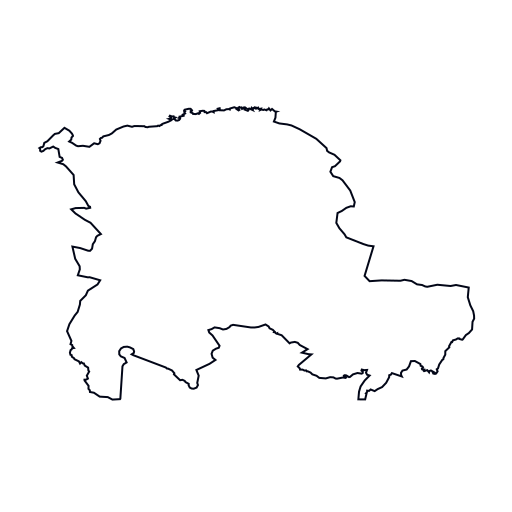 Central Tongu, Volta, Ghana (Equal Earth projection), rotated 272°
{"feature_id": "2480657B36678414015123", "entity_name": "Central Tongu", "entity_type": "district", "adm_level": 2, "iso_a3": "GHA", "parent_name": "Ghana", "parent_adm1": "Volta", "projection": "equal_earth", "projection_center": [0.611, 6.166], "detail": "fine", "context": "isolated", "style": "outline", "palette": "ink", "viewbox_px": 512, "rotation_deg": 272, "n_neighbors": 0, "source": "geoboundaries", "source_scale": "gbopen_adm2", "svg_char_len": 6048}
<svg xmlns="http://www.w3.org/2000/svg" viewBox="0 0 512 512"><g transform="rotate(272 256 256)"><path d="M401.0,271.3L401.2,269.8L403.5,266.9L402.0,265.4L403.9,263.8L403.0,263.4L403.0,262.2L402.0,261.5L402.7,259.2L402.2,258.2L402.6,256.3L402.1,255.3L403.4,255.8L402.9,253.8L404.3,253.0L403.4,251.9L403.3,250.4L403.6,249.9L404.3,250.7L404.5,249.6L403.8,249.4L403.9,248.4L402.7,247.9L403.9,246.5L403.1,246.3L401.9,247.2L403.2,244.0L402.5,243.0L401.6,243.4L400.8,242.8L402.0,239.4L402.9,239.4L403.4,240.9L404.2,239.7L403.9,238.1L403.2,238.0L402.5,236.9L404.0,236.0L403.7,234.9L404.3,234.2L403.7,233.2L402.2,233.4L401.4,234.2L400.9,233.5L402.3,231.3L403.0,231.6L403.9,229.1L402.5,224.9L401.5,224.7L401.9,223.9L401.6,221.2L400.4,219.0L400.4,214.9L402.4,214.5L401.9,212.8L400.6,213.9L399.4,208.6L398.2,208.7L398.8,207.4L398.8,205.9L397.0,202.0L398.0,201.2L398.0,199.6L399.2,199.3L399.3,197.8L398.7,194.7L397.3,195.1L396.9,194.1L396.5,194.5L396.0,194.0L396.5,192.8L395.7,190.8L395.8,188.1L396.5,187.8L397.3,185.7L398.4,185.7L398.3,186.5L399.3,187.0L400.8,185.5L400.8,183.7L399.7,179.6L399.1,179.2L398.2,179.9L398.0,179.2L397.3,179.3L396.0,180.2L394.6,177.7L394.2,177.8L393.8,179.6L392.6,174.8L392.0,175.0L391.3,174.2L390.6,176.2L390.6,175.0L389.3,174.5L388.6,173.0L388.6,171.2L390.2,169.5L390.1,168.8L391.5,170.6L391.8,169.2L392.7,168.8L392.5,167.1L393.2,165.1L392.6,164.8L392.3,166.0L391.1,167.0L391.6,165.9L390.3,165.4L390.0,164.3L389.6,165.3L390.4,166.0L389.6,167.1L388.9,166.9L387.1,163.7L385.0,158.4L384.3,157.2L383.6,157.1L383.4,155.9L382.5,155.0L382.9,153.6L382.3,152.8L381.4,144.4L380.9,143.2L381.1,140.9L381.8,140.0L381.7,132.1L381.6,129.8L380.8,127.6L381.8,122.9L380.8,119.1L377.5,111.9L373.5,107.7L371.8,104.8L370.2,99.2L368.9,98.2L368.5,96.8L367.5,95.9L365.7,96.6L363.2,95.7L362.2,94.0L363.0,90.3L359.3,85.7L360.1,79.2L359.5,74.3L360.0,72.5L362.7,68.2L363.9,65.3L365.9,67.3L368.0,67.5L369.6,68.9L370.1,68.8L371.9,67.8L374.7,65.1L377.4,60.1L371.9,54.6L371.0,50.7L369.6,49.2L363.4,43.5L361.7,40.5L358.4,39.7L357.4,38.8L357.2,37.1L356.3,35.8L355.8,36.5L353.6,36.6L352.8,37.9L353.6,39.8L355.5,41.7L356.5,43.8L356.3,45.8L358.3,49.5L357.0,51.6L356.0,54.7L348.2,56.3L347.3,58.7L345.4,59.6L344.4,58.9L342.5,54.5L341.0,60.2L338.9,63.0L330.6,70.9L321.3,71.8L313.4,76.3L304.8,84.0L300.2,86.7L299.4,88.4L298.4,88.6L297.4,84.6L298.1,82.7L297.6,74.1L296.2,69.7L292.2,74.1L286.2,83.7L283.4,89.5L272.5,100.2L270.7,96.8L269.2,95.5L265.2,94.5L262.1,92.5L257.6,91.9L255.4,90.0L255.4,88.1L257.8,80.0L259.0,72.2L246.9,75.4L239.6,80.1L236.5,80.4L230.5,78.6L228.8,88.8L229.0,90.4L226.3,101.1L222.0,98.6L215.5,89.2L210.8,87.3L205.0,81.9L201.3,81.7L193.9,79.7L190.2,76.9L181.4,71.9L174.3,69.8L164.7,74.5L161.4,73.7L160.6,75.4L159.5,75.6L157.7,77.2L157.4,75.4L156.2,75.0L155.5,74.0L152.9,73.4L150.8,74.0L150.5,75.2L148.9,75.5L147.5,77.7L146.5,78.2L144.5,82.7L142.4,83.9L143.8,85.1L142.6,86.7L142.6,87.7L140.5,88.7L138.6,92.1L135.7,92.5L134.7,93.3L130.5,91.1L127.6,92.3L126.5,90.5L126.4,88.9L125.6,89.0L120.4,93.2L117.4,93.2L116.0,94.6L114.3,94.8L113.7,98.8L110.0,104.7L109.8,112.8L107.5,117.5L108.2,125.1L108.7,125.4L141.1,126.4L143.3,127.6L145.1,130.4L149.5,128.2L151.0,124.4L152.9,122.8L156.1,122.6L158.9,124.3L160.5,127.0L160.9,130.5L160.3,133.1L158.7,136.6L156.4,137.5L154.9,137.3L153.4,135.2L152.6,136.8L141.4,169.8L140.4,170.9L140.4,172.0L138.7,176.0L136.0,178.5L134.9,178.1L129.2,184.5L129.7,186.8L128.7,189.1L127.5,190.0L125.9,193.2L124.4,193.2L122.2,194.4L121.3,196.3L121.2,198.4L122.4,201.2L125.0,202.5L127.1,201.7L134.4,202.9L140.0,200.4L146.6,213.3L150.7,219.1L152.9,216.2L156.7,215.0L159.9,216.1L162.0,219.3L163.0,222.0L165.0,222.7L175.1,215.3L177.9,211.9L180.3,211.0L181.4,214.2L183.2,217.1L182.6,222.2L181.4,225.6L182.1,229.0L184.0,232.0L185.5,233.1L186.4,235.5L184.4,253.4L184.5,257.0L185.2,261.0L187.9,267.9L186.0,271.1L184.2,272.1L182.8,275.4L181.1,277.1L180.6,276.8L180.6,277.7L179.7,278.2L179.1,279.2L179.5,279.9L179.0,279.9L177.7,284.4L169.9,292.6L170.7,293.9L171.5,297.8L170.7,300.8L168.6,302.8L164.7,310.8L161.0,305.3L159.7,312.0L159.6,314.8L148.6,302.6L147.1,301.6L145.2,303.7L144.0,304.0L144.1,306.5L143.2,308.4L143.4,310.1L142.5,310.7L142.6,311.7L141.4,314.6L139.7,316.4L138.4,320.7L136.4,323.5L136.1,330.0L137.5,334.3L137.4,337.6L136.3,339.8L136.2,341.2L137.6,347.1L137.3,349.8L137.6,350.1L138.9,348.2L139.5,348.0L140.0,348.9L139.8,350.4L138.2,353.2L138.4,354.1L141.1,357.1L142.6,361.5L142.1,365.7L142.7,366.7L144.0,366.8L145.2,365.4L146.2,365.7L145.7,368.2L146.0,370.9L143.2,370.0L141.2,371.2L140.5,373.7L135.4,369.0L129.3,365.1L124.0,363.7L116.3,363.3L116.5,370.1L122.6,371.3L122.7,370.8L124.3,371.9L125.3,371.8L125.2,373.8L126.6,375.2L125.1,379.3L127.2,382.2L129.4,386.6L133.8,390.5L139.5,393.3L141.5,393.3L142.1,394.9L143.7,395.9L140.7,405.9L142.0,405.2L144.3,405.0L146.6,406.4L147.8,410.5L151.0,412.8L156.3,414.5L156.6,418.4L153.8,424.0L152.0,424.4L151.5,426.0L150.6,426.8L149.2,425.7L148.6,425.9L148.4,428.0L147.3,427.5L146.8,428.0L147.9,431.1L145.8,433.0L147.1,433.3L147.7,434.8L146.3,437.5L146.1,436.6L144.7,437.3L144.4,439.0L144.8,440.1L147.0,441.5L149.1,440.6L150.0,441.8L154.0,442.9L158.7,445.8L159.3,446.8L160.8,447.0L164.0,448.6L167.5,448.5L171.5,452.4L172.6,452.1L176.9,454.3L176.8,455.0L178.6,455.8L179.5,458.7L180.7,460.5L180.7,462.0L180.2,462.1L179.5,465.0L179.8,465.5L184.3,468.5L186.4,471.4L190.1,474.5L197.8,474.7L201.0,476.2L204.1,476.0L208.4,475.0L214.2,471.9L222.2,469.1L231.9,469.7L234.0,456.9L232.8,451.5L233.6,438.2L231.2,428.2L231.5,426.1L232.8,423.0L233.3,417.9L236.4,412.4L237.4,405.2L236.3,401.2L236.0,382.3L234.8,370.4L239.9,365.2L269.8,373.1L270.3,367.8L271.7,362.8L277.8,345.6L280.7,343.8L286.6,338.4L291.9,335.1L301.8,336.0L304.0,340.2L307.3,344.6L309.0,348.9L308.9,352.0L313.3,352.8L324.7,347.9L334.7,339.8L336.9,336.7L338.5,330.4L342.8,327.4L347.4,328.9L348.5,331.8L353.5,336.7L354.6,337.0L359.9,330.9L362.1,325.4L363.6,323.4L366.3,322.7L375.2,312.2L384.2,295.2L387.7,286.9L388.6,282.5L389.3,274.7L391.0,269.2L394.9,270.6L400.8,270.8L401.0,271.3Z" fill="none" stroke="#020617" stroke-width="2"/></g></svg>